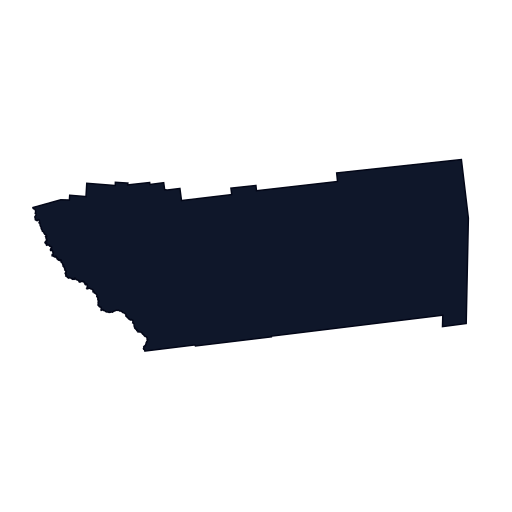 outline of Juan F. Ibarra, Santiago del Estero, Argentina, rotated 353°
{"feature_id": "61730980B19837134975286", "entity_name": "Juan F. Ibarra", "entity_type": "district", "adm_level": 2, "iso_a3": "ARG", "parent_name": "Argentina", "parent_adm1": "Santiago del Estero", "projection": "natural_earth1", "projection_center": [-63.235, -28.039], "detail": "fine", "context": "isolated", "style": "filled", "palette": "ink", "viewbox_px": 512, "rotation_deg": 353, "n_neighbors": 0, "source": "geoboundaries", "source_scale": "gbopen_adm2", "svg_char_len": 5646}
<svg xmlns="http://www.w3.org/2000/svg" viewBox="0 0 512 512"><g transform="rotate(353 256 256)"><path d="M456.4,348.6L471.4,244.3L471.6,185.3L346.2,183.4L346.0,192.0L264.4,191.3L264.5,186.0L239.4,185.6L239.4,192.1L188.8,191.9L188.7,179.7L175.9,179.7L173.4,179.0L173.3,172.0L159.4,172.1L159.4,170.1L137.3,169.8L137.7,168.0L125.4,165.7L124.9,168.9L96.9,163.2L94.5,176.3L78.5,173.0L77.6,177.7L69.1,176.4L40.5,180.7L40.4,181.0L40.5,181.3L41.0,181.6L41.0,182.0L41.6,182.3L42.2,182.6L42.6,183.6L42.7,185.0L42.1,186.9L42.4,187.0L42.6,187.3L42.8,188.4L42.6,188.8L42.2,189.1L41.3,190.1L41.3,191.3L41.6,191.6L41.6,192.1L41.4,192.5L41.4,193.2L41.6,193.4L42.1,193.5L43.0,194.3L43.7,193.9L43.7,193.5L44.0,193.3L44.4,193.3L45.1,193.5L45.2,194.7L45.4,194.9L45.3,196.0L45.0,196.1L44.7,196.5L44.8,196.8L45.3,196.8L45.5,197.0L45.5,198.1L45.6,198.3L45.5,199.6L46.4,201.5L46.4,201.9L46.2,201.9L46.2,202.8L46.6,203.5L47.0,204.7L46.9,205.1L47.1,205.5L48.2,206.2L48.4,207.5L49.0,208.7L49.7,208.8L50.1,209.0L50.1,209.7L50.5,210.2L50.3,210.4L50.0,210.5L49.5,210.9L49.9,211.5L50.4,211.5L50.2,211.9L49.7,212.2L49.7,212.6L50.1,212.7L50.3,213.7L50.6,213.9L50.5,214.9L50.2,215.1L50.1,214.7L49.9,214.5L49.6,215.6L49.4,215.7L49.1,215.9L49.2,216.5L49.1,216.8L48.3,216.6L48.2,216.7L48.3,217.4L48.4,217.5L48.9,217.4L49.2,217.2L49.6,217.6L49.9,217.7L49.8,218.0L49.8,218.7L49.6,218.8L49.4,218.8L49.7,219.3L49.7,219.5L49.4,219.6L49.5,219.8L50.1,219.6L50.8,219.6L51.0,219.9L51.8,219.6L52.4,220.1L52.3,220.9L52.6,221.2L53.5,221.7L53.9,221.7L54.2,222.0L54.3,222.6L53.8,223.2L53.4,223.5L53.9,224.2L52.8,224.5L52.8,225.5L53.2,225.7L53.7,225.0L53.8,225.1L53.8,225.4L54.5,225.7L54.9,226.3L54.8,227.6L55.3,228.0L55.0,228.6L55.1,229.0L55.0,229.5L54.5,229.5L54.6,230.0L53.9,229.9L53.9,230.4L53.6,230.9L53.8,231.0L54.2,230.8L54.7,231.1L54.8,231.5L55.1,231.6L55.5,232.0L56.1,232.0L56.1,232.4L56.3,232.5L56.6,232.5L57.0,231.7L57.4,231.8L57.5,232.1L57.4,232.3L57.5,232.7L57.5,233.1L57.8,233.5L58.3,233.4L58.3,234.7L58.6,234.9L58.9,235.3L59.3,235.0L59.5,236.0L60.1,236.3L60.2,235.7L60.7,235.9L61.5,235.8L61.8,235.9L61.5,236.5L62.1,236.6L62.3,237.4L61.8,237.6L61.7,237.9L62.0,238.5L62.9,239.3L63.1,240.6L63.5,240.9L63.4,241.2L63.8,241.3L63.4,242.0L63.3,242.5L63.8,242.6L64.1,243.3L64.0,243.6L64.5,243.9L64.5,245.2L64.9,245.5L64.9,245.8L64.8,246.2L64.5,246.5L64.8,247.0L65.3,247.3L65.4,247.8L65.8,248.1L65.8,248.3L65.5,248.7L65.5,248.9L65.1,249.0L64.9,249.5L64.5,249.8L64.5,250.2L64.6,250.4L64.8,250.5L65.3,250.5L65.2,250.9L65.2,251.3L64.9,251.5L65.0,252.2L64.8,252.7L65.1,252.8L65.2,252.5L65.4,252.5L65.7,253.2L66.0,253.2L66.1,254.0L67.2,255.1L67.4,255.1L67.9,254.5L68.0,254.5L68.7,255.1L69.3,255.2L69.8,255.5L70.3,256.0L70.9,256.2L70.9,256.7L71.1,256.8L71.3,256.8L71.5,256.3L71.9,256.8L72.3,256.7L72.6,257.0L72.8,257.0L73.2,256.3L73.3,255.9L73.7,255.8L74.1,256.4L74.4,257.2L74.6,257.4L75.0,257.7L76.0,257.9L76.2,258.3L77.1,258.8L77.3,259.0L77.2,259.6L77.2,259.9L77.5,260.3L78.5,260.4L79.9,259.9L80.4,260.1L80.9,260.1L80.9,259.9L81.0,259.9L81.2,260.0L81.3,260.4L81.8,260.3L82.1,260.7L82.5,260.9L82.5,261.2L82.2,261.3L82.2,261.5L82.6,261.9L82.7,262.3L82.8,262.3L82.8,262.1L83.0,262.1L83.4,262.5L83.0,262.9L82.9,263.3L83.2,263.7L83.6,263.8L83.7,263.7L83.8,263.3L84.2,263.4L84.6,263.2L84.9,263.9L84.9,264.8L85.1,265.3L84.8,265.5L84.9,266.5L84.4,267.0L84.2,267.1L84.0,267.3L84.2,267.5L84.3,268.0L85.1,268.0L86.5,267.6L87.4,268.0L87.7,268.4L88.7,268.6L89.3,269.3L90.0,269.8L90.2,270.5L89.9,270.9L89.9,271.7L90.2,271.7L90.5,271.5L90.6,272.0L91.1,272.4L91.0,272.9L92.4,273.7L92.8,274.6L93.4,275.4L93.3,276.1L93.0,276.6L93.0,276.8L93.3,277.3L94.0,277.8L93.8,278.5L94.0,279.1L93.7,279.9L94.0,280.2L93.9,280.9L94.6,281.2L94.6,281.3L94.4,281.7L94.5,282.2L93.7,282.4L93.6,283.3L93.8,283.7L93.6,284.0L93.5,284.7L93.2,285.2L93.2,285.5L93.7,286.1L94.0,286.3L94.3,286.8L94.2,287.0L94.5,287.4L95.1,287.4L95.4,287.8L95.9,287.9L96.1,288.2L96.0,288.5L96.1,289.0L95.7,290.1L95.8,290.4L95.6,290.9L95.7,291.1L96.4,290.9L97.1,290.6L97.5,291.0L97.9,290.8L98.3,291.6L98.7,291.6L99.5,292.1L100.0,292.8L100.3,292.8L100.7,293.2L101.4,293.5L102.4,293.4L103.0,294.0L103.6,294.1L103.6,293.9L104.6,294.1L105.7,293.9L106.6,294.3L107.1,294.1L107.2,293.9L107.9,293.5L109.1,293.3L109.2,293.1L109.8,293.1L110.4,292.8L111.1,292.8L111.3,293.0L111.6,293.1L112.6,292.9L113.0,293.2L113.4,293.4L113.8,293.9L114.3,293.8L114.7,294.1L115.5,294.3L116.1,294.9L116.1,295.0L116.7,295.4L116.8,295.8L118.8,296.8L118.9,297.1L119.8,298.2L119.9,298.7L119.7,298.9L119.5,299.6L119.7,300.0L120.4,300.4L120.5,300.9L120.8,301.4L121.7,302.2L121.9,302.9L122.8,303.3L123.0,303.8L123.4,303.9L123.6,304.2L124.1,304.3L124.4,303.8L124.6,303.8L125.2,304.5L125.9,304.8L125.8,306.5L125.5,307.3L125.9,307.4L126.3,308.1L126.8,308.6L126.7,309.2L126.5,309.7L126.7,310.4L126.5,311.4L126.9,311.8L127.1,312.1L126.9,312.8L127.4,313.0L127.4,313.5L127.8,314.0L128.2,314.3L128.8,314.3L128.9,314.5L128.8,314.8L128.5,315.2L128.6,315.5L129.2,316.1L129.9,316.3L129.8,317.0L130.6,316.9L130.9,317.2L131.6,317.2L132.5,317.5L133.0,318.3L133.8,318.7L133.9,319.5L134.1,319.5L134.4,320.0L134.7,320.2L135.0,320.8L135.3,321.1L135.3,321.4L135.8,321.8L136.0,322.3L137.5,322.8L137.8,323.3L137.7,323.8L138.0,324.3L137.7,325.3L137.9,325.5L138.3,325.7L138.4,325.9L137.9,326.4L137.7,327.1L137.0,327.7L137.0,328.5L136.4,328.7L136.3,328.9L136.2,329.9L135.7,330.2L135.6,330.4L135.7,330.9L135.6,331.2L135.2,331.6L134.9,331.8L134.5,331.6L134.3,331.7L133.5,332.4L133.6,333.2L133.3,333.7L133.0,334.2L133.2,334.9L133.9,335.4L134.1,336.2L134.0,336.7L134.1,336.8L184.4,336.8L184.9,337.9L261.4,338.1L261.4,337.4L434.2,337.5L432.5,348.8L456.4,348.6Z" fill="#0f172a" stroke="#020617" stroke-width="1.5"/></g></svg>